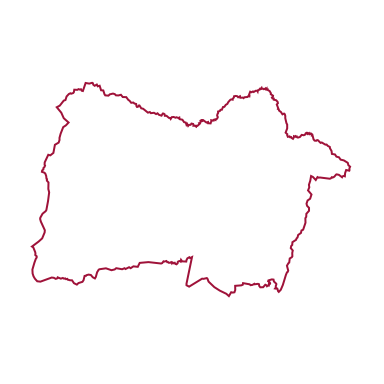 the district of Nong Chang, Uthai Thani, Thailand, rotated 190°
{"feature_id": "78962969B70686602107551", "entity_name": "Nong Chang", "entity_type": "district", "adm_level": 2, "iso_a3": "THA", "parent_name": "Thailand", "parent_adm1": "Uthai Thani", "projection": "equal_earth", "projection_center": [99.746, 15.368], "detail": "fine", "context": "isolated", "style": "outline", "palette": "rose", "viewbox_px": 384, "rotation_deg": 190, "n_neighbors": 0, "source": "geoboundaries", "source_scale": "gbopen_adm2", "svg_char_len": 5988}
<svg xmlns="http://www.w3.org/2000/svg" viewBox="0 0 384 384"><g transform="rotate(190 192 192)"><path d="M223.1,262.7L224.9,262.2L225.7,260.2L226.5,261.1L227.6,261.0L230.3,262.6L232.0,262.3L232.5,263.8L233.6,264.3L234.4,264.2L235.3,261.9L238.0,262.3L239.6,263.5L240.9,262.5L243.2,263.4L246.2,262.5L247.4,263.4L249.2,262.5L254.6,265.5L256.5,265.6L258.8,268.1L259.2,268.1L260.1,266.5L260.9,266.2L261.6,266.9L262.3,269.0L264.0,269.1L265.3,269.9L267.4,269.3L269.3,271.0L270.8,271.7L273.2,274.0L276.7,273.5L278.9,275.4L281.3,274.3L283.7,274.0L285.1,275.0L286.9,275.2L289.9,273.9L291.0,272.4L294.2,272.1L295.1,273.0L297.0,276.6L299.2,276.4L301.4,280.6L303.2,279.7L304.4,281.3L306.3,279.7L307.8,280.5L308.6,282.0L309.3,282.2L312.0,280.9L315.7,280.9L317.0,272.5L318.2,272.6L319.2,273.9L320.3,273.4L321.6,273.6L322.7,272.7L325.7,272.3L325.7,269.7L326.2,268.8L328.1,267.8L328.9,268.1L330.3,267.1L332.1,264.3L332.6,260.6L334.2,259.7L337.2,254.1L339.9,252.0L334.5,247.4L331.1,242.4L325.6,239.0L327.7,235.8L330.1,233.5L331.5,226.6L331.9,222.3L331.5,220.2L331.9,217.5L335.2,214.7L335.3,206.4L337.9,203.5L340.0,203.7L342.2,195.6L341.9,193.2L341.3,192.6L341.6,191.1L342.5,189.7L342.3,188.4L343.3,187.2L343.3,185.8L340.8,185.4L339.7,184.7L338.4,182.5L337.6,179.8L337.0,179.5L336.9,178.0L335.0,176.5L334.0,170.0L332.6,166.8L332.2,157.9L332.3,148.9L332.8,147.7L335.4,144.7L336.9,140.4L336.9,139.1L335.7,136.6L330.3,128.8L330.1,126.6L331.5,120.3L334.4,116.6L340.1,110.5L338.7,109.9L336.0,105.6L335.5,104.3L335.4,102.7L333.8,101.7L333.6,100.4L334.2,99.1L334.9,95.1L335.7,87.9L334.8,84.0L333.4,81.4L331.6,79.3L328.9,77.2L325.7,77.4L315.3,83.4L313.2,83.5L311.1,82.8L309.5,83.7L309.4,84.6L306.1,83.9L304.3,84.9L302.9,84.4L301.9,84.9L301.0,84.3L299.7,84.8L299.2,84.1L296.7,83.9L294.8,84.2L292.4,81.7L289.3,80.8L288.0,82.6L284.3,84.5L283.5,86.3L283.2,90.7L281.9,91.0L281.6,91.7L279.5,92.7L277.2,92.7L274.9,90.8L272.6,90.0L272.0,91.5L271.5,96.5L270.4,99.3L269.6,99.9L263.5,101.9L257.7,101.0L254.7,102.3L253.4,103.8L247.4,103.8L245.2,105.2L244.1,104.6L240.9,107.0L239.2,106.3L236.8,108.6L232.4,108.9L231.2,113.1L222.7,115.4L210.0,116.2L209.0,116.8L208.1,118.6L207.8,118.4L205.2,119.6L204.2,118.6L203.3,118.8L202.7,118.3L201.0,118.6L200.3,119.4L199.8,119.2L199.3,118.3L198.8,119.2L197.6,118.6L196.7,119.3L195.9,118.3L194.7,118.1L193.8,119.3L193.9,120.5L193.4,121.3L192.1,121.9L191.1,121.5L191.0,123.3L189.6,122.0L185.6,122.5L185.6,124.0L185.0,125.9L183.3,127.3L182.4,126.6L180.7,127.9L181.5,100.6L181.2,99.2L178.4,98.3L167.0,108.4L165.5,108.5L162.5,109.8L161.8,109.4L160.1,106.6L153.5,102.2L147.5,99.7L140.5,97.7L137.6,95.9L136.0,100.1L134.4,100.0L132.8,100.6L132.4,103.0L133.2,107.1L127.3,108.6L125.9,109.5L125.9,111.1L119.2,111.1L118.1,110.4L116.2,111.1L114.7,112.4L114.3,112.0L111.1,113.0L110.0,112.8L109.5,111.2L108.2,110.0L105.4,110.6L103.7,113.4L102.6,113.1L101.8,112.2L101.1,113.0L100.1,113.1L100.0,114.5L99.3,115.0L99.2,115.7L99.7,116.3L100.3,115.7L100.3,116.8L101.5,117.3L101.4,118.2L98.2,119.8L96.5,119.9L95.8,118.1L93.1,116.3L92.9,115.6L93.2,113.8L92.8,112.6L93.4,111.4L92.6,111.4L92.0,111.9L91.2,111.7L90.0,109.3L89.2,108.7L87.6,111.1L86.4,116.2L85.1,126.8L84.5,129.4L83.9,129.9L83.6,131.3L85.7,135.9L84.7,138.6L84.0,139.4L84.2,143.5L82.4,145.1L82.0,146.1L82.7,149.4L82.6,151.9L85.0,153.9L84.9,156.1L84.1,157.3L84.4,160.0L81.2,163.0L81.0,164.4L80.2,165.5L80.0,168.1L77.6,170.6L77.5,173.1L76.0,174.2L74.9,181.4L75.8,185.9L75.2,187.4L75.6,190.4L73.5,193.8L74.0,196.7L76.3,198.4L77.2,200.4L76.7,203.7L74.5,205.9L73.9,210.3L78.0,213.7L77.3,217.0L78.1,219.4L77.5,223.5L77.5,228.4L75.5,227.8L72.2,225.3L71.0,228.5L69.7,228.1L68.6,228.5L58.6,229.0L57.7,229.5L56.8,230.9L56.0,230.6L54.5,231.8L53.1,234.2L52.6,234.5L50.3,234.4L46.8,232.6L46.6,233.4L45.4,234.2L44.2,234.0L44.5,237.3L44.0,240.4L40.8,240.3L40.7,240.8L41.1,242.7L40.7,244.4L42.6,245.5L43.7,247.8L48.0,249.5L51.3,249.7L53.3,251.7L55.9,251.9L57.7,253.8L60.8,253.8L61.7,256.6L63.7,259.0L64.1,260.3L66.3,261.0L67.7,262.1L68.9,261.8L72.8,263.3L73.9,262.7L77.1,264.9L77.9,264.8L78.6,264.0L80.2,263.9L81.4,264.9L82.9,268.2L83.7,268.3L83.5,269.5L84.8,270.2L85.7,269.5L86.3,270.3L86.8,269.5L87.4,270.0L88.4,269.1L88.9,269.5L88.9,270.3L89.3,270.3L90.2,269.6L90.7,268.0L91.8,267.3L93.9,267.3L95.3,264.9L97.1,264.0L97.9,264.1L98.5,264.9L99.2,264.4L99.9,265.0L100.5,264.4L101.3,264.6L101.3,263.2L101.8,261.9L103.7,262.7L104.0,263.3L105.1,263.0L105.6,263.7L107.2,263.0L108.1,264.4L108.2,265.5L110.1,266.7L109.3,271.2L110.0,275.0L110.9,276.1L113.0,281.0L113.3,283.0L114.1,284.7L115.0,285.2L116.4,284.2L118.3,286.2L120.4,287.3L120.9,288.4L121.8,288.7L121.6,289.4L123.7,292.9L122.8,294.4L123.4,295.7L125.1,297.0L127.5,297.1L127.7,298.2L129.0,298.1L129.7,298.9L128.9,299.9L128.9,300.9L131.4,302.0L131.5,303.0L133.1,304.9L135.1,305.6L135.3,306.2L136.1,305.9L136.4,306.8L136.8,306.1L137.4,306.7L137.7,306.0L138.2,306.3L139.2,305.7L140.2,306.1L141.2,305.7L141.6,306.6L142.4,305.2L143.0,305.5L143.9,304.0L144.8,303.6L144.8,302.4L145.3,303.0L146.8,302.8L148.6,301.2L149.4,301.6L150.6,300.6L152.1,300.9L152.7,297.8L152.2,297.3L152.1,296.1L153.3,296.1L153.9,295.2L156.8,294.4L157.5,293.4L158.3,293.8L160.8,293.2L161.4,294.6L163.0,293.3L164.2,294.2L165.6,294.2L167.2,293.6L167.2,292.3L168.1,290.8L168.0,290.0L169.5,290.0L170.3,289.4L171.9,286.8L172.5,284.9L173.9,283.7L174.9,281.5L176.2,281.1L176.9,278.2L178.2,277.9L178.7,276.5L180.3,275.8L180.0,274.2L180.5,273.0L180.5,271.5L179.6,270.3L179.7,269.5L180.4,268.1L181.2,267.8L181.3,267.0L182.4,267.3L183.1,266.9L183.1,266.1L185.5,266.0L185.1,264.8L185.5,264.1L185.6,262.8L188.1,262.5L188.4,263.7L189.8,262.9L193.6,264.8L195.0,264.6L195.8,263.9L194.9,263.3L195.8,262.9L195.9,261.4L196.9,261.0L196.4,260.3L198.2,258.0L199.3,258.0L199.3,257.1L201.2,257.8L202.1,257.5L202.2,258.4L202.7,259.2L204.4,259.3L205.1,257.9L206.6,257.6L207.3,256.4L208.6,258.2L209.1,257.2L210.2,259.3L211.9,259.4L214.0,261.5L216.9,261.6L217.4,263.1L218.2,262.5L220.2,262.9L221.1,262.3L223.1,262.7Z" fill="none" stroke="#9f1239" stroke-width="2"/></g></svg>